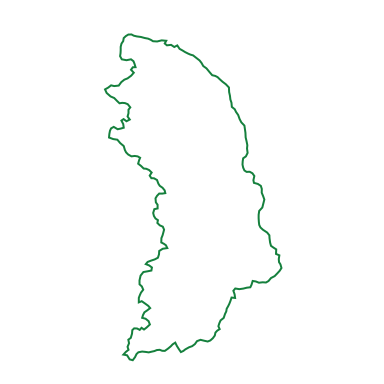 Ipanema, Minas Gerais, Brazil, rotated 355°
{"feature_id": "56859067B93815931162644", "entity_name": "Ipanema", "entity_type": "district", "adm_level": 2, "iso_a3": "BRA", "parent_name": "Brazil", "parent_adm1": "Minas Gerais", "projection": "mercator", "projection_center": [-41.764, -19.755], "detail": "fine", "context": "isolated", "style": "outline", "palette": "green", "viewbox_px": 384, "rotation_deg": 355, "n_neighbors": 0, "source": "geoboundaries", "source_scale": "gbopen_adm2", "svg_char_len": 3826}
<svg xmlns="http://www.w3.org/2000/svg" viewBox="0 0 384 384"><g transform="rotate(355 192 192)"><path d="M145.5,263.7L144.7,266.7L141.1,267.1L136.6,267.5L133.5,270.8L132.0,275.5L131.7,279.4L133.8,281.7L134.9,285.1L132.4,287.8L131.0,290.3L129.8,292.8L129.4,297.3L132.4,296.4L135.5,299.0L138.5,301.6L140.2,304.0L137.1,306.0L134.1,307.7L132.5,310.3L131.4,313.0L134.7,314.2L137.5,316.9L138.5,320.3L134.9,323.1L132.2,324.8L129.9,322.9L127.9,324.8L125.4,323.2L122.5,322.8L120.5,324.4L119.9,327.9L118.3,332.0L115.7,333.6L116.1,337.2L114.3,340.6L115.0,343.7L112.2,345.5L109.5,348.0L113.1,349.0L115.3,353.3L118.3,354.4L120.9,351.5L122.6,348.6L124.6,347.0L128.4,346.6L132.0,347.3L134.9,348.0L137.5,347.6L140.6,347.2L143.2,346.4L146.1,346.4L148.5,347.6L151.1,347.9L154.2,346.1L157.4,343.9L159.4,342.1L162.2,340.6L163.5,344.0L165.3,347.5L167.0,350.5L169.5,349.6L171.6,348.2L175.6,346.4L178.7,345.6L181.6,343.8L184.0,341.0L187.6,340.0L191.1,341.2L194.6,342.3L197.3,341.5L200.0,339.5L202.2,337.0L203.1,334.1L205.1,332.3L207.6,331.0L206.6,328.0L207.8,325.1L209.3,322.4L212.6,320.2L214.3,316.3L215.7,314.0L216.4,311.3L218.0,309.0L219.4,306.7L220.7,304.1L222.2,300.6L225.7,301.3L225.5,297.5L224.6,294.0L226.7,291.9L230.6,292.9L234.7,292.7L238.3,292.1L241.8,292.0L243.2,289.6L244.7,285.9L247.8,286.7L250.8,288.2L254.5,288.1L257.8,288.6L260.4,287.4L263.2,284.6L267.0,283.0L270.0,280.4L272.5,278.1L274.5,275.5L273.8,271.8L272.6,269.5L272.6,266.4L273.5,262.7L270.3,261.0L270.9,256.5L268.2,254.4L266.0,252.5L265.4,249.2L265.2,244.6L265.3,241.9L263.3,238.9L259.4,235.8L257.1,233.3L256.1,230.7L256.0,227.7L256.1,223.8L256.4,220.5L257.3,216.7L260.7,213.6L262.3,209.0L263.4,205.8L262.5,202.3L261.4,198.8L261.8,195.0L261.1,191.9L258.3,189.7L254.5,188.3L254.2,185.6L255.5,181.5L253.8,178.6L251.3,176.9L248.1,176.7L246.1,175.1L245.1,172.2L244.7,169.1L245.2,165.7L245.9,162.9L248.8,161.2L250.8,157.9L250.6,153.5L251.2,150.2L250.8,146.4L250.2,142.3L250.4,137.7L250.2,134.0L250.0,130.4L247.2,126.9L245.8,123.5L244.7,119.3L242.8,116.0L241.8,113.3L239.1,110.7L239.1,106.5L238.3,103.2L238.2,99.5L237.7,95.7L237.9,91.1L235.1,87.6L232.0,84.8L229.3,81.9L227.5,79.8L225.3,78.4L222.3,77.4L220.0,74.2L217.2,70.1L214.2,67.5L212.7,64.2L211.0,61.6L208.1,58.9L205.0,56.0L202.4,55.0L200.2,53.8L197.3,52.0L194.9,50.2L192.1,48.3L190.1,44.7L187.0,46.0L184.0,43.6L179.8,43.7L177.8,41.7L179.5,39.1L175.0,38.3L170.4,39.0L166.3,38.4L164.2,36.8L161.6,35.4L158.4,34.5L154.6,33.1L150.6,32.2L147.6,31.2L145.5,29.8L142.3,29.6L139.7,30.9L137.4,32.7L136.6,35.7L134.7,38.0L133.6,41.2L133.3,44.7L132.9,47.5L132.2,50.4L133.6,53.7L138.2,55.0L142.8,54.5L145.1,56.6L145.9,59.3L146.6,62.7L143.9,62.6L141.9,64.9L144.4,68.1L141.6,70.8L137.7,73.2L134.4,74.2L131.1,76.4L128.3,79.6L123.7,79.7L120.7,78.7L117.6,80.7L114.3,82.2L115.6,85.9L119.2,89.7L122.7,91.6L125.3,94.8L127.5,97.3L130.3,97.1L133.0,97.6L135.6,98.9L137.9,102.3L135.9,104.5L135.6,108.0L134.4,111.2L136.3,114.4L132.9,115.8L130.2,113.4L127.9,114.7L129.4,118.3L129.6,122.0L126.6,122.6L123.4,123.0L119.7,120.3L116.9,121.6L115.6,123.9L114.7,127.1L114.1,130.5L118.1,132.4L122.2,133.4L124.8,137.1L128.0,140.3L128.8,144.3L129.8,146.8L131.7,149.1L134.8,151.2L138.1,151.1L141.0,151.8L143.3,153.4L142.1,155.7L140.8,159.1L143.5,161.6L145.9,164.4L148.5,164.9L151.2,166.4L153.5,169.1L151.3,172.0L152.7,174.7L155.3,175.0L158.2,177.0L159.2,180.7L160.4,183.0L163.0,185.2L164.9,188.0L165.3,190.8L162.3,191.0L159.2,190.7L156.9,192.7L155.1,195.1L155.1,199.2L156.6,201.7L156.3,205.4L153.0,205.8L151.5,209.5L152.0,212.6L153.3,215.2L155.6,217.1L154.8,219.8L157.0,222.4L159.9,224.0L160.9,227.1L159.9,229.9L158.9,232.6L157.5,235.3L157.0,239.6L159.4,241.1L161.4,242.8L162.5,245.7L157.9,246.0L154.2,247.9L153.7,251.2L152.3,254.5L149.0,255.9L145.2,256.8L141.7,257.8L139.7,259.8L142.9,261.4L145.5,263.7Z" fill="none" stroke="#15803d" stroke-width="2"/></g></svg>